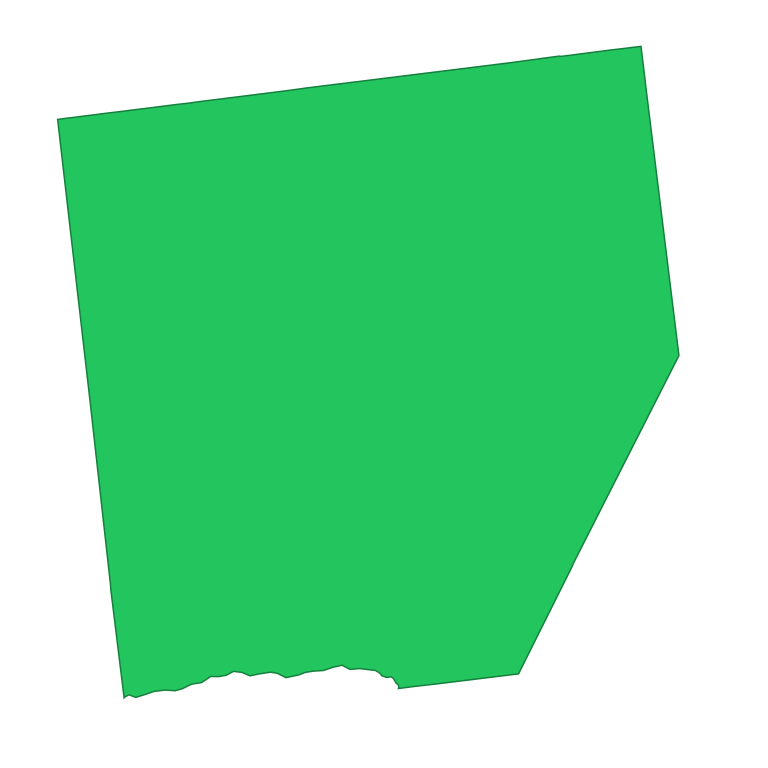 the district of White Pine, Nevada, United States of America, rotated 263°
{"feature_id": "52423323B32656881789588", "entity_name": "White Pine", "entity_type": "district", "adm_level": 2, "iso_a3": "USA", "parent_name": "United States of America", "parent_adm1": "Nevada", "projection": "natural_earth1", "projection_center": [-115.297, 39.403], "detail": "fine", "context": "isolated", "style": "filled", "palette": "green", "viewbox_px": 768, "rotation_deg": 263, "n_neighbors": 0, "source": "geoboundaries", "source_scale": "gbopen_adm2", "svg_char_len": 1022}
<svg xmlns="http://www.w3.org/2000/svg" viewBox="0 0 768 768"><g transform="rotate(263 384 384)"><path d="M79.9,482.2L179.7,548.3L182.6,549.9L376.3,680.2L650.2,680.1L652.3,680.2L687.8,680.2L687.8,659.0L687.9,650.5L687.6,599.4L687.9,598.9L688.1,597.9L687.5,546.1L687.3,344.1L687.0,326.6L686.8,238.1L686.6,224.0L686.7,213.0L686.6,178.3L686.6,141.2L686.5,127.7L686.5,100.0L686.4,97.4L686.4,92.3L408.0,90.2L218.8,88.1L213.0,87.8L104.2,87.8L105.1,88.9L106.6,93.1L103.2,99.3L105.0,109.4L106.9,118.3L106.9,129.3L105.0,139.3L106.2,147.0L109.5,156.3L109.9,166.6L114.8,176.3L113.7,184.6L114.2,192.1L117.1,199.6L115.1,207.8L110.7,215.4L111.5,226.0L111.8,236.4L109.7,243.1L104.5,250.9L105.6,263.7L107.4,271.1L107.6,279.3L107.0,289.1L109.1,299.0L110.0,308.1L104.9,315.4L104.5,325.2L101.9,335.7L100.7,340.6L98.0,344.1L96.4,345.3L94.6,346.4L93.5,348.9L92.5,350.4L92.5,355.5L90.5,357.5L85.4,359.7L83.8,361.5L81.3,361.8L80.0,361.2L80.1,376.7L79.9,399.6L79.9,458.1L79.9,482.2Z" fill="#22c55e" stroke="#15803d" stroke-width="1.5"/></g></svg>